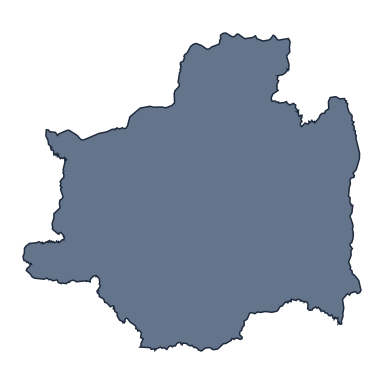 outline of Lom Sak, Phetchabun, Thailand
{"feature_id": "78962969B94734864821350", "entity_name": "Lom Sak", "entity_type": "district", "adm_level": 2, "iso_a3": "THA", "parent_name": "Thailand", "parent_adm1": "Phetchabun", "projection": "robinson", "projection_center": [101.266, 16.742], "detail": "fine", "context": "isolated", "style": "filled", "palette": "slate", "viewbox_px": 384, "rotation_deg": 0, "n_neighbors": 0, "source": "geoboundaries", "source_scale": "gbopen_adm2", "svg_char_len": 5908}
<svg xmlns="http://www.w3.org/2000/svg" viewBox="0 0 384 384"><path d="M26.3,270.6L30.3,274.0L32.1,276.9L34.5,278.2L44.0,279.2L47.2,278.2L48.8,279.7L51.0,279.5L52.7,280.8L57.0,279.9L58.4,282.6L61.4,283.6L62.9,283.0L66.2,283.7L67.8,282.3L69.4,282.3L70.5,280.8L73.4,280.1L76.5,281.8L85.7,280.8L86.3,281.5L87.1,280.9L90.2,281.9L90.2,279.8L91.2,278.2L94.0,275.8L96.3,275.7L96.1,276.6L97.1,276.4L99.3,278.7L99.7,282.5L99.2,284.1L100.5,285.6L98.0,289.8L98.4,290.9L97.4,290.4L97.0,291.2L97.5,293.1L99.2,294.2L99.3,296.6L103.7,299.0L104.7,302.3L107.1,303.1L110.2,306.7L112.9,305.8L114.0,306.3L113.6,307.6L114.4,308.3L113.5,308.8L114.2,309.0L114.8,311.3L117.2,313.1L117.2,315.9L119.6,320.1L122.9,321.6L122.8,322.7L124.1,323.0L125.2,321.3L124.6,320.4L125.1,319.4L126.3,318.2L127.5,318.5L130.1,322.1L134.8,325.2L136.1,327.1L135.7,328.6L137.7,329.4L137.7,330.9L139.3,330.6L140.2,331.2L141.3,333.1L140.6,337.6L143.1,338.8L141.0,343.6L140.9,346.4L140.1,347.0L150.1,347.7L151.2,349.3L154.9,348.9L154.9,350.4L156.7,348.7L160.3,347.1L162.1,348.2L164.3,347.7L166.8,349.5L168.6,346.8L170.6,345.7L172.4,346.9L174.4,345.6L175.4,345.9L176.8,343.4L179.3,342.4L180.4,342.7L180.9,343.9L181.7,343.6L182.1,344.7L183.1,343.0L187.3,343.7L187.4,344.6L190.7,346.0L191.9,345.2L194.1,347.5L195.9,347.5L197.7,348.6L198.3,349.9L201.4,351.0L205.6,347.9L210.2,347.6L212.0,349.2L213.9,349.7L217.7,349.0L223.5,343.6L225.6,343.6L231.2,340.4L231.9,338.5L234.3,339.4L235.2,338.3L237.7,338.3L240.2,339.4L242.1,338.6L242.0,336.8L239.7,334.8L239.7,332.1L241.7,330.2L242.3,327.4L244.2,325.4L244.0,321.3L247.2,319.0L249.6,313.2L251.7,312.6L254.9,313.7L257.6,311.9L260.0,312.5L265.5,311.5L271.8,312.3L276.5,311.3L277.7,310.6L280.1,306.5L282.1,306.1L284.9,302.6L286.9,301.7L287.1,302.7L287.9,302.8L289.1,301.1L291.1,301.7L291.4,300.7L290.7,300.1L291.5,299.2L296.3,300.5L297.2,299.3L299.1,299.6L300.7,300.1L300.4,300.9L303.9,301.5L304.1,302.3L304.8,301.6L307.0,302.2L308.1,304.6L307.6,308.6L309.4,310.3L312.2,310.0L312.5,308.9L315.6,307.0L316.9,308.2L318.3,307.3L319.4,308.9L320.5,309.1L320.4,310.3L321.3,311.5L322.6,310.9L324.3,311.2L325.0,312.9L327.1,313.1L328.8,315.5L330.4,315.8L331.7,314.8L333.2,318.2L334.1,317.9L334.2,319.2L335.6,317.4L336.4,318.6L337.9,317.8L337.9,322.2L338.7,322.4L338.3,323.6L339.5,322.6L340.0,324.3L341.6,324.0L341.5,320.5L343.0,316.4L342.8,313.5L343.8,308.0L342.5,299.4L347.5,293.7L349.6,295.0L350.9,292.9L355.5,291.6L357.4,293.6L359.8,292.5L361.0,290.3L358.7,280.5L354.7,275.4L352.3,273.7L352.0,270.8L350.0,269.1L350.7,267.2L348.6,261.9L351.1,255.5L351.0,250.4L352.4,248.8L349.8,244.9L350.3,243.3L351.6,242.8L352.9,238.9L353.4,233.8L352.4,228.8L353.0,227.0L352.8,224.3L349.9,216.1L351.9,212.8L352.8,205.3L351.0,205.3L351.0,204.0L349.9,202.6L350.1,197.7L348.5,196.3L349.4,187.0L350.4,183.9L349.9,179.9L351.2,178.0L353.9,177.4L354.4,175.7L353.0,173.2L356.2,169.7L359.4,158.7L359.6,153.3L355.9,138.2L356.3,135.7L355.1,133.8L355.3,130.8L353.8,129.8L354.3,128.3L353.8,125.5L352.3,124.4L354.0,122.1L351.9,120.8L352.1,115.6L349.2,112.3L347.3,106.7L347.7,103.6L345.9,102.6L346.5,101.0L345.2,100.4L344.5,98.5L339.7,98.9L335.9,96.7L330.2,97.5L328.4,101.8L328.8,108.7L325.3,111.1L324.6,113.1L321.8,113.5L320.1,115.1L319.2,117.7L314.9,122.8L314.6,121.4L313.0,122.1L311.8,120.3L310.2,122.3L308.9,121.3L308.9,123.2L307.8,124.2L305.1,123.0L301.6,126.6L300.3,125.0L300.6,122.7L302.0,121.5L300.6,119.1L301.9,117.7L302.0,115.2L300.6,115.3L299.6,116.5L298.7,115.8L298.5,113.0L296.8,111.8L298.3,111.8L298.6,110.3L297.8,110.4L295.4,107.8L295.7,105.1L293.4,103.4L289.7,105.0L287.3,103.3L286.5,101.6L283.6,102.7L278.9,103.1L278.7,102.1L276.4,102.0L275.2,101.0L271.9,101.2L271.2,97.9L272.9,93.9L278.1,90.5L276.8,88.6L277.2,86.3L276.6,85.3L278.6,80.8L277.1,79.5L278.0,76.3L277.2,75.9L282.5,74.7L285.7,72.6L286.4,71.1L288.0,70.6L287.2,69.1L288.8,69.4L288.9,64.2L286.6,55.9L289.8,52.0L289.4,47.3L290.1,41.8L288.4,38.5L278.7,40.1L277.6,39.8L274.8,36.1L273.2,35.2L270.7,38.7L268.8,40.0L262.9,41.0L256.9,38.7L255.5,35.8L252.6,37.5L244.7,38.7L238.1,34.0L236.9,34.1L234.7,36.4L232.4,36.9L225.8,33.0L223.2,33.3L220.5,35.1L220.7,39.2L219.7,40.2L219.7,42.5L218.9,44.2L211.7,46.9L209.1,49.0L206.7,49.1L201.3,45.4L196.3,43.5L193.7,44.1L190.7,46.3L187.3,52.7L184.6,54.8L183.9,56.6L184.6,57.5L183.3,61.0L180.5,62.6L180.2,64.2L181.0,64.8L180.5,66.2L181.1,67.3L180.0,69.8L180.7,71.0L179.5,72.8L178.1,82.5L179.1,83.4L179.4,85.1L178.4,87.2L175.0,90.7L174.2,93.7L174.6,102.8L171.8,105.5L165.9,107.8L161.6,107.0L153.6,107.2L149.9,106.3L140.2,108.1L129.9,116.8L127.5,125.8L126.1,128.2L123.8,128.6L122.4,127.7L119.7,129.0L116.9,127.9L116.5,128.7L114.8,129.0L114.8,129.7L112.4,129.2L107.0,131.8L99.1,133.4L83.3,140.1L80.8,139.5L77.0,135.3L69.0,130.2L67.2,130.3L58.5,134.1L57.4,135.5L55.5,132.4L49.5,131.7L48.7,130.1L46.3,129.8L45.9,135.9L48.0,140.4L48.6,144.6L50.4,145.7L50.5,147.0L51.5,147.2L50.6,147.8L51.3,149.9L51.9,149.3L53.5,151.0L53.9,154.9L55.4,154.0L56.0,155.3L57.0,153.7L57.1,155.0L58.4,154.6L57.6,156.6L58.6,156.3L60.4,158.6L61.2,157.9L62.6,158.5L64.4,157.5L64.8,160.5L65.4,159.9L64.8,158.9L65.2,158.2L66.6,159.7L65.1,161.3L63.1,170.1L63.8,171.5L62.9,172.8L63.9,174.6L63.8,177.6L62.1,178.8L60.1,181.8L61.0,183.1L60.2,186.0L61.9,187.2L60.6,188.6L60.8,190.2L63.1,196.7L61.8,199.0L59.9,200.2L59.4,203.5L60.0,207.9L53.9,213.7L53.9,218.1L52.1,223.7L52.7,227.8L52.3,229.0L58.1,234.0L58.8,234.2L58.8,233.5L60.7,232.5L62.9,234.7L63.6,236.8L64.3,236.6L64.2,238.1L63.8,240.0L62.4,239.6L59.1,242.7L58.6,241.6L58.1,242.3L56.6,241.1L56.2,242.2L54.5,242.7L53.4,241.6L52.2,242.4L52.2,241.5L51.2,241.1L50.3,242.0L49.6,240.5L48.0,241.3L48.3,242.4L46.5,241.8L43.5,243.6L42.9,242.8L42.3,243.4L42.3,242.4L41.2,242.8L39.0,241.7L36.4,242.8L29.6,243.4L26.3,245.8L24.5,248.1L24.3,253.6L23.0,256.4L23.2,257.7L24.0,260.6L25.4,260.7L27.0,262.5L28.0,262.0L29.3,263.8L31.1,263.4L31.5,264.3L30.5,264.5L29.6,266.3L26.9,268.7L26.3,270.6Z" fill="#64748b" stroke="#1e293b" stroke-width="1.5"/></svg>